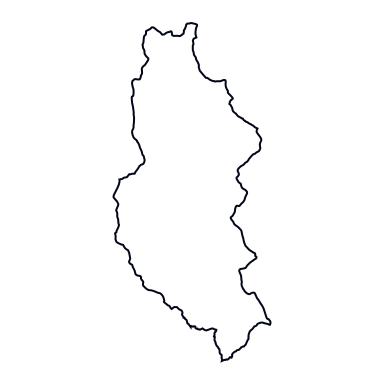 Buriticá, Antioquia, Colombia (Albers equal-area conic projection)
{"feature_id": "7082276B20190258274584", "entity_name": "Buriticá", "entity_type": "district", "adm_level": 2, "iso_a3": "COL", "parent_name": "Colombia", "parent_adm1": "Antioquia", "projection": "albers", "projection_center": [-75.9, 6.81], "detail": "fine", "context": "isolated", "style": "outline", "palette": "ink", "viewbox_px": 384, "rotation_deg": 0, "n_neighbors": 0, "source": "geoboundaries", "source_scale": "gbopen_adm2", "svg_char_len": 6013}
<svg xmlns="http://www.w3.org/2000/svg" viewBox="0 0 384 384"><path d="M257.5,128.5L255.3,127.5L252.7,125.3L251.5,124.9L250.9,124.2L249.1,123.5L247.4,122.2L245.7,121.6L245.1,120.8L244.6,120.8L243.6,119.9L242.8,118.6L241.7,118.4L241.1,117.8L238.7,116.6L237.6,115.8L235.9,113.6L234.5,112.6L233.1,111.3L232.5,109.9L232.2,107.9L230.5,104.9L229.5,104.2L229.4,103.7L229.9,101.9L230.6,100.4L232.7,98.8L232.8,98.2L231.6,96.6L228.2,93.1L227.9,92.7L227.9,90.9L226.5,88.6L225.8,86.6L225.6,84.6L225.7,81.3L225.3,80.2L224.5,80.0L222.9,80.1L222.4,80.5L219.9,81.3L217.6,81.2L214.7,81.5L214.4,81.2L212.2,80.8L210.0,79.8L207.5,78.0L205.9,77.8L204.0,75.7L199.8,70.7L198.7,67.1L198.9,65.5L198.7,64.3L197.7,62.1L196.2,59.6L195.8,57.5L194.0,54.9L193.5,51.9L192.8,50.2L192.8,45.4L193.5,44.1L192.9,40.3L193.8,38.6L196.4,37.5L195.5,34.3L195.5,31.8L196.0,28.3L197.1,25.5L197.0,24.8L196.6,24.5L195.6,24.0L191.1,23.0L189.3,23.5L187.7,23.5L187.0,23.8L186.2,24.6L186.1,25.8L184.8,29.1L184.0,30.1L183.7,32.9L183.5,33.6L180.4,35.9L179.4,36.1L177.9,35.8L173.7,35.9L172.7,35.5L172.1,35.0L171.8,32.6L171.5,31.7L171.0,31.3L170.4,31.4L169.7,31.9L167.9,32.2L166.2,32.9L164.3,34.4L162.3,34.7L160.0,32.1L158.0,31.0L153.8,27.6L152.5,27.3L151.8,27.4L149.9,29.2L146.9,30.6L146.0,31.3L146.0,33.7L145.8,34.5L144.4,35.8L143.9,37.2L143.4,42.7L142.6,44.5L143.0,47.8L144.4,50.6L144.5,53.0L144.7,53.9L146.0,56.0L148.3,58.4L148.3,59.5L148.1,60.1L145.1,64.8L143.0,66.5L142.0,68.0L141.8,68.9L142.1,72.6L141.9,73.8L140.9,75.7L140.6,77.5L139.9,79.1L139.1,79.5L134.9,79.1L134.1,79.5L132.4,81.1L132.0,83.3L132.7,87.0L133.4,89.0L133.6,91.1L133.6,93.1L133.3,95.4L133.0,96.0L131.9,96.7L131.7,98.2L132.1,102.7L133.1,107.6L133.7,112.4L133.6,114.3L134.1,117.5L133.9,122.8L133.5,125.6L133.6,127.5L133.3,128.5L132.4,130.2L132.2,131.0L132.1,132.5L132.5,134.6L133.5,137.3L134.6,138.6L136.9,140.6L137.1,141.6L137.9,142.4L139.2,144.9L140.0,147.8L141.7,151.3L142.4,154.6L143.5,155.8L143.8,156.6L144.6,159.9L144.5,161.2L144.0,162.7L143.3,163.8L142.5,164.3L141.2,164.7L139.4,166.1L137.9,168.7L135.3,172.2L134.7,173.6L134.1,173.8L132.3,173.7L130.2,174.4L129.3,174.2L126.9,177.2L124.2,177.6L122.2,178.9L119.4,179.5L119.6,180.1L119.4,182.3L118.8,184.7L117.4,188.0L114.0,194.7L113.5,196.5L113.7,197.6L117.0,201.4L118.3,204.0L118.2,205.2L116.2,210.0L116.4,211.1L116.8,211.7L117.3,213.5L117.2,216.0L117.4,217.3L118.1,219.0L118.5,223.6L119.0,224.9L118.9,225.5L118.1,227.8L116.6,230.8L116.4,232.2L116.2,232.5L115.4,232.9L115.1,233.4L115.7,236.5L115.5,238.5L115.5,239.3L116.2,241.3L116.7,242.1L118.0,243.0L121.1,244.4L123.1,244.9L124.8,247.9L126.4,249.3L128.0,250.2L129.1,252.6L130.2,258.4L130.1,259.1L129.1,261.4L129.1,262.1L129.4,262.7L129.8,263.4L132.2,264.9L132.8,267.0L134.5,270.3L135.6,274.3L136.7,275.1L137.8,275.6L139.8,275.9L140.7,276.4L141.1,277.3L140.9,278.5L141.7,279.8L142.8,281.1L143.3,282.1L143.0,283.8L143.0,285.0L143.3,285.8L145.9,288.4L148.3,290.0L151.6,290.4L154.5,291.3L157.2,292.5L160.1,293.3L161.0,293.9L162.3,295.3L163.3,297.0L164.3,300.6L163.9,301.8L164.1,302.2L167.9,305.3L169.5,306.0L170.7,308.1L171.7,309.0L173.6,307.4L174.7,307.0L176.0,307.1L176.8,307.0L179.0,309.2L181.5,310.5L182.1,311.4L182.5,312.8L182.0,314.5L182.8,316.2L183.5,316.7L183.5,317.7L184.1,318.0L184.7,318.0L185.2,319.1L186.4,319.8L187.0,321.2L187.2,322.9L187.6,323.3L187.7,323.6L188.2,323.8L188.5,324.0L190.7,327.1L190.8,326.2L191.0,326.0L191.7,326.1L193.0,326.7L193.6,326.4L194.8,326.3L195.3,326.6L195.1,327.0L195.5,328.0L196.0,328.4L196.5,328.7L197.4,328.6L197.5,329.0L198.0,329.3L199.1,329.3L199.9,329.7L202.5,328.4L204.4,329.8L205.2,330.2L206.5,330.4L211.8,328.5L213.3,328.6L214.6,329.5L215.7,329.5L216.3,329.8L216.4,330.1L216.0,331.3L214.9,332.2L214.5,332.9L214.6,334.8L213.9,336.3L214.0,336.6L214.5,336.8L214.7,336.7L214.8,336.9L214.5,339.9L214.8,341.0L215.6,342.3L215.6,343.5L216.0,344.1L216.3,345.1L217.5,346.8L218.1,347.2L218.3,348.0L219.2,349.0L219.6,350.3L219.6,352.2L219.9,353.4L220.2,353.8L221.6,354.9L221.7,355.8L221.6,357.8L222.1,359.7L221.8,361.0L224.2,359.9L225.2,360.0L225.6,359.7L226.6,359.4L227.0,359.6L227.6,359.6L229.0,358.5L229.6,357.5L230.0,357.3L230.9,357.6L231.0,357.2L231.7,357.3L231.8,356.7L232.2,356.1L232.2,355.2L232.0,354.9L232.7,353.4L234.6,351.8L236.0,351.3L236.8,350.3L238.7,349.9L240.3,348.5L241.3,347.3L242.6,346.6L243.9,346.5L244.8,345.4L245.6,344.8L247.6,340.2L248.6,338.8L248.4,337.6L248.4,337.1L248.6,336.6L248.5,336.1L248.6,334.8L249.8,331.3L252.6,328.8L254.4,326.4L255.6,326.1L256.6,325.4L257.5,323.9L258.6,323.4L261.2,322.5L263.2,322.7L264.1,323.1L268.1,324.1L269.5,324.8L269.9,324.8L270.4,323.6L270.5,322.1L270.2,321.2L268.5,319.1L267.5,318.9L266.7,318.1L263.6,308.5L262.1,305.6L260.9,303.9L258.3,299.7L257.1,298.3L254.8,293.2L253.8,292.6L252.5,292.7L251.3,293.1L250.0,294.0L249.2,294.2L247.8,293.8L246.7,293.2L244.7,291.3L243.8,289.6L243.1,288.9L241.7,285.7L241.5,283.8L241.8,282.6L241.8,281.8L241.4,279.7L241.1,275.8L239.3,271.4L239.3,270.2L239.5,269.8L239.8,269.4L240.5,269.0L244.1,268.4L245.4,268.0L246.2,267.2L247.0,265.7L250.1,262.6L255.0,259.1L255.8,258.7L256.2,258.2L256.5,257.2L256.3,256.7L255.2,255.9L255.2,253.9L254.7,253.1L253.4,252.6L249.2,249.8L245.5,245.8L244.1,242.4L243.2,238.2L242.5,236.0L241.4,230.9L241.1,230.2L238.2,227.1L235.6,225.3L234.1,223.9L233.3,221.9L231.1,219.1L230.7,217.7L231.1,217.0L232.0,216.4L232.8,215.5L234.7,212.2L235.2,208.8L235.8,206.8L236.7,205.8L237.5,205.8L238.6,206.1L239.4,206.0L241.7,203.3L243.2,202.0L244.5,199.9L245.2,197.3L246.9,193.7L247.1,192.6L246.9,191.6L245.3,189.9L243.4,188.9L242.1,187.9L241.5,186.8L240.7,183.8L238.6,182.2L236.6,178.8L236.5,178.1L236.6,177.6L238.0,176.2L238.9,174.7L238.6,173.0L237.7,171.1L237.6,170.3L238.2,168.9L240.1,166.9L241.4,165.9L242.8,165.2L244.0,164.3L245.2,162.8L247.1,161.7L248.2,160.4L248.9,159.1L251.5,156.0L253.2,154.3L255.2,153.6L256.0,152.7L258.8,151.2L260.0,149.3L260.3,148.2L259.8,144.5L260.2,142.8L261.3,140.3L261.3,139.3L260.8,138.0L260.1,136.9L257.2,133.0L256.7,132.2L256.6,131.2L256.8,130.2L257.5,128.5Z" fill="none" stroke="#020617" stroke-width="2"/></svg>